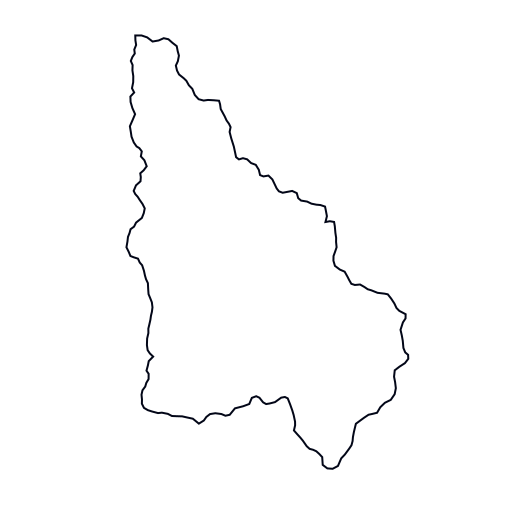 the district of Jaupaci, Goiás, Brazil, rotated 15°
{"feature_id": "56859067B98369159462122", "entity_name": "Jaupaci", "entity_type": "district", "adm_level": 2, "iso_a3": "BRA", "parent_name": "Brazil", "parent_adm1": "Goiás", "projection": "natural_earth1", "projection_center": [-51.067, -16.171], "detail": "fine", "context": "isolated", "style": "outline", "palette": "ink", "viewbox_px": 512, "rotation_deg": 15, "n_neighbors": 0, "source": "geoboundaries", "source_scale": "gbopen_adm2", "svg_char_len": 3224}
<svg xmlns="http://www.w3.org/2000/svg" viewBox="0 0 512 512"><g transform="rotate(15 256 256)"><path d="M187.1,431.7L191.5,432.9L195.9,433.1L202.0,433.1L205.6,431.7L211.7,431.3L216.2,432.3L220.7,431.3L226.2,430.0L231.3,429.8L237.1,429.5L244.2,432.7L248.2,428.4L249.7,424.3L252.5,420.6L257.4,418.4L263.5,417.6L267.8,418.2L271.7,416.2L275.1,408.6L282.4,404.5L287.8,400.7L288.7,394.1L292.5,391.4L296.0,392.0L300.7,395.5L304.1,396.4L307.4,394.9L312.2,392.2L317.0,386.3L320.4,384.7L323.5,385.3L327.3,390.4L331.1,395.9L333.6,400.0L336.6,405.9L337.6,409.4L337.8,414.7L342.0,417.5L345.9,420.0L349.1,422.3L354.2,426.6L357.7,428.4L361.3,428.4L364.8,429.0L368.3,430.8L372.0,433.1L374.5,440.5L379.9,442.7L385.1,441.7L389.5,437.6L390.7,429.4L393.2,424.8L395.9,417.9L397.2,414.1L397.2,409.8L396.5,405.8L396.1,400.6L395.9,392.2L402.2,384.3L405.8,380.2L409.1,378.5L413.5,376.1L415.2,369.9L418.5,364.4L423.4,360.1L425.7,353.6L425.3,347.5L423.0,341.8L420.6,336.9L419.6,330.5L423.2,325.8L427.6,320.9L429.7,315.9L428.5,312.1L425.1,310.5L422.2,306.7L419.7,299.9L417.4,295.0L414.7,289.9L414.9,286.0L415.1,282.1L416.6,277.6L415.6,273.5L408.6,271.9L405.2,269.9L401.9,266.0L397.5,262.1L393.2,258.9L389.9,259.1L382.9,260.1L376.3,259.3L372.5,259.2L368.8,257.9L363.9,256.6L359.0,258.4L355.3,258.2L352.3,255.2L349.9,252.5L345.7,248.2L340.5,247.4L334.8,245.1L332.0,240.5L330.9,236.0L331.3,231.3L331.6,226.7L329.7,221.7L328.7,217.7L326.7,213.1L324.4,206.8L322.6,202.9L318.3,203.3L314.3,205.2L314.2,199.2L311.5,193.6L309.9,190.4L305.0,190.1L301.0,190.8L296.0,191.1L291.3,190.2L285.2,190.8L281.8,189.2L279.1,184.7L274.1,183.8L265.4,188.0L261.4,187.6L258.5,185.4L252.0,177.8L247.2,175.1L242.6,177.2L239.0,176.8L236.4,172.0L232.2,168.0L227.2,167.5L222.4,164.9L218.1,164.9L214.5,167.1L211.2,165.7L208.7,160.8L206.3,156.1L201.6,148.7L198.4,143.0L198.1,138.1L195.7,135.3L192.5,132.7L189.6,129.2L183.9,123.2L182.0,118.7L180.1,115.6L174.9,116.5L169.2,117.7L165.2,119.4L160.0,119.4L155.2,116.3L151.2,111.0L147.0,108.5L143.4,104.8L140.2,103.0L134.7,100.6L131.7,97.3L129.3,92.8L130.1,88.1L129.7,82.4L127.3,78.3L125.1,73.8L120.1,71.7L115.3,69.3L110.5,69.5L106.2,73.0L100.6,75.6L94.3,73.0L88.4,72.6L82.3,74.2L83.7,78.9L85.6,83.2L85.0,88.1L86.5,91.8L85.1,95.8L84.6,100.0L87.4,103.5L88.6,108.7L90.9,114.0L92.4,119.9L92.8,126.1L96.0,129.6L93.4,134.5L95.0,139.7L98.3,145.1L102.5,150.3L101.6,156.7L100.6,163.3L102.9,168.4L104.9,173.0L108.6,178.0L112.3,181.1L115.4,182.0L118.6,184.5L119.0,189.6L123.4,192.4L127.2,197.6L125.3,202.3L122.8,206.1L124.3,209.6L125.1,213.7L121.8,218.8L121.0,224.8L123.3,227.4L126.5,229.5L129.1,231.9L132.9,235.1L136.2,238.8L136.5,243.7L135.9,248.8L131.5,254.8L130.6,259.2L127.9,262.6L127.9,266.5L127.4,270.7L128.1,275.4L128.6,281.1L132.2,285.2L134.7,288.5L138.3,288.9L142.7,289.1L145.4,292.4L148.4,294.4L151.6,299.3L153.8,303.6L155.8,306.9L158.6,310.2L160.6,316.4L162.1,320.7L164.5,323.8L167.4,327.7L169.3,332.4L169.9,336.9L170.0,340.8L170.5,345.0L170.7,350.0L170.8,354.0L172.0,358.3L172.2,363.9L173.7,370.3L175.7,375.0L178.7,377.6L182.7,379.8L179.6,385.3L179.9,389.6L179.9,395.1L182.8,397.6L184.1,402.7L182.9,406.9L182.8,410.8L181.1,415.1L181.3,419.6L183.0,424.1L184.0,428.2L187.1,431.7Z" fill="none" stroke="#020617" stroke-width="2"/></g></svg>